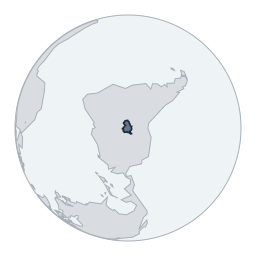 Rondônia on an orthographic globe, rotated 221°
{"feature_id": "BRA-595", "entity_name": "Rondônia", "entity_type": "State", "adm_level": 1, "iso_a3": "BRA", "parent_name": "Brazil", "parent_adm1": "", "projection": "orthographic", "projection_center": [-63.452, -10.832], "detail": "fine", "context": "on_globe", "style": "filled", "palette": "slate", "viewbox_px": 256, "rotation_deg": 221, "n_neighbors": 0, "source": "natural_earth", "source_scale": "10m", "svg_char_len": 8201}
<svg xmlns="http://www.w3.org/2000/svg" viewBox="0 0 256 256"><g transform="rotate(221 128 128)"><circle cx="128" cy="128" r="113" fill="#eef3f6" stroke="#a8b0b8"/><path d="M94.8,20.4L97.1,20.2L99.2,19.5L101.6,19.3L104.9,18.6L104.5,19.1L107.4,18.2L107.1,17.9L108.3,17.5L110.1,17.2L110.0,17.6L109.1,17.8L110.0,17.8L109.2,18.2L110.7,17.8L110.3,18.5L113.4,17.4L115.5,17.6L114.5,18.2L111.0,18.7L100.0,22.5L97.9,23.9L98.5,25.0L107.2,25.8L106.4,27.3L108.0,29.1L110.1,27.7L109.6,26.0L113.9,24.3L112.8,22.8L114.4,22.0L114.8,20.5L118.6,20.3L122.2,21.0L122.1,22.4L123.7,22.8L126.9,21.4L129.8,24.2L137.0,26.8L137.3,27.8L132.3,29.4L124.3,29.4L117.7,33.0L125.9,30.4L126.6,33.5L128.4,34.0L130.6,33.8L131.9,32.7L133.0,33.8L125.3,36.4L124.2,35.4L126.7,34.5L122.9,34.7L117.7,37.1L118.5,38.8L109.8,41.7L110.2,43.0L108.6,44.6L108.5,42.2L108.5,46.8L98.5,53.1L98.3,62.6L94.2,55.6L90.1,55.2L85.1,56.0L84.9,57.5L78.5,57.3L72.2,61.5L69.2,69.6L70.8,75.4L78.0,74.5L80.5,70.7L86.1,69.3L81.4,79.3L90.9,79.7L89.5,87.2L92.2,90.9L97.2,89.5L102.2,91.0L106.0,86.4L112.1,83.7L112.1,89.9L115.6,84.1L118.8,87.0L131.0,86.6L130.1,88.0L140.3,95.6L151.6,99.3L154.2,104.1L152.9,106.9L156.8,108.0L156.9,109.9L172.8,114.2L181.0,120.0L180.8,126.9L174.0,134.3L168.0,151.2L155.8,156.1L152.9,163.1L143.6,173.3L136.2,172.2L138.5,177.6L134.5,180.7L129.7,180.9L129.0,184.7L125.5,184.7L128.0,187.2L122.7,192.2L124.7,196.3L120.9,200.3L122.4,202.7L120.8,202.7L119.3,203.6L119.3,204.9L114.3,202.8L112.3,197.4L113.8,194.6L111.7,194.2L114.6,187.1L112.5,188.6L112.2,178.2L114.8,169.6L115.6,145.6L113.0,141.0L104.3,136.0L93.8,119.8L96.4,112.8L94.2,109.9L101.4,100.1L99.7,91.7L97.1,90.7L94.5,94.1L86.1,89.6L83.3,83.7L59.2,77.9L57.1,75.5L57.7,70.8L53.3,58.5L53.5,70.9L51.1,69.0L49.9,64.9L51.4,63.3L51.8,57.2L50.1,55.7L52.9,48.6L62.2,38.8L62.2,39.6L64.4,37.4L64.5,36.4L64.1,36.4L71.9,30.3L72.0,30.3L79.4,26.4L87.0,23.1L94.8,20.4ZM97.4,66.0L108.3,70.1L101.8,71.1L103.1,70.1L100.4,68.3L95.3,66.9L89.7,68.5L97.4,66.0ZM103.0,60.2L101.1,59.9L103.0,59.8L103.0,60.2ZM63.5,36.6L64.3,36.6L63.3,38.1L62.4,38.2L63.5,36.6ZM65.6,34.4L66.7,33.8L64.1,35.7L64.3,35.4L65.6,34.4ZM112.6,20.8L113.7,20.7L113.1,21.0L112.6,20.8ZM111.8,20.4L110.3,20.9L109.7,20.7L110.6,20.4L111.8,20.4ZM113.7,19.8L108.8,20.5L107.8,20.3L110.3,19.1L113.7,19.8ZM106.2,18.0L106.6,18.3L104.5,18.4L106.2,18.0ZM102.9,18.2L104.1,18.0L103.0,18.3L105.4,17.7L104.6,18.3L96.5,20.0L96.8,19.8L99.5,19.1L98.6,19.3L102.9,18.2ZM108.6,17.4L106.9,17.7L107.1,17.4L110.4,16.9L109.3,17.1L108.6,17.4ZM110.2,17.0L112.1,16.6L113.8,16.5L110.2,17.2L110.2,17.0ZM105.7,17.7L105.9,17.6L106.9,17.4L105.7,17.7ZM120.6,16.2L118.6,16.3L118.6,16.1L120.6,16.2ZM112.7,16.5L112.1,16.6L111.9,16.6L113.5,16.3L112.7,16.5ZM109.0,17.0L108.9,17.0L109.0,17.0ZM114.3,16.2L115.8,16.1L119.6,15.8L113.7,16.4L114.3,16.2L114.3,16.2ZM112.3,16.5L113.1,16.3L112.4,16.5L110.6,16.7L111.2,16.6L112.3,16.5ZM122.8,207.4L114.8,203.6L119.2,205.3L121.8,203.1L126.2,206.1L122.8,207.4ZM130.7,201.9L134.0,200.9L135.0,201.5L132.9,202.5L130.7,201.9ZM207.4,48.1L204.5,45.3L206.5,47.4L211.4,52.3L212.6,53.7L215.3,56.9L212.6,53.7L204.7,46.0L203.5,46.3L207.2,53.8L205.4,54.0L201.4,51.8L194.7,43.4L199.6,44.0L197.2,41.6L191.7,37.7L193.6,38.4L191.9,37.0L193.3,37.3L190.8,34.8L191.5,35.1L186.2,31.5L188.0,32.7L189.1,33.4L191.8,35.1L199.9,41.3L207.4,48.1ZM182.9,29.7L177.2,26.7L182.9,29.7ZM226.6,182.4L224.2,186.3L221.4,189.5L220.3,187.6L222.9,183.5L226.3,174.7L232.3,154.5L235.4,146.4L236.4,139.7L235.3,123.7L235.7,116.0L234.7,112.3L233.1,112.3L231.6,108.0L230.4,107.4L220.5,107.6L215.8,101.8L206.1,85.6L206.7,80.0L203.8,73.2L205.1,54.1L208.8,56.0L213.6,56.0L214.8,57.1L217.9,61.6L224.5,69.9L223.8,68.7L227.7,75.6L231.1,82.7L234.1,90.1L236.5,97.7L238.4,105.4L239.7,113.3L240.4,121.2L240.6,129.1L240.3,137.0L239.4,144.9L237.9,152.7L235.9,160.4L233.3,168.0L230.2,175.3L226.6,182.4ZM208.6,63.9L209.5,65.8L208.6,63.9ZM131.4,86.6L132.9,87.8L130.9,87.8L131.4,86.6ZM100.8,73.6L103.1,73.5L104.3,74.4L102.5,74.8L100.8,73.6ZM121.2,72.8L124.0,73.3L121.0,73.8L121.2,72.8ZM110.1,70.7L118.9,72.7L113.2,74.6L107.6,73.5L111.5,72.8L110.1,70.7ZM101.6,63.4L103.0,63.7L102.5,64.7L101.6,63.4ZM104.4,60.1L103.8,60.2L103.2,59.4L104.4,60.1ZM127.1,33.3L127.7,33.1L130.0,33.2L128.8,33.7L127.1,33.3ZM140.5,31.3L141.9,33.3L140.1,32.1L138.8,32.9L133.3,31.8L137.2,28.2L136.4,29.9L140.5,31.3ZM127.1,29.7L130.1,30.5L126.6,29.8L127.1,29.7ZM181.3,30.4L183.3,31.3L184.9,32.6L184.0,33.2L181.6,31.3L181.3,30.4ZM185.6,32.4L178.7,28.3L179.0,28.1L180.0,28.9L180.9,29.1L182.8,30.4L189.9,34.6L191.8,36.1L189.0,35.8L188.8,34.9L186.9,34.0L185.6,32.4ZM160.4,21.4L157.4,20.5L161.9,21.0L164.2,21.9L163.4,22.3L160.2,21.6L160.4,21.4ZM119.2,17.9L117.7,18.1L117.8,17.9L119.0,17.6L119.2,17.9ZM119.7,16.3L125.5,17.1L124.2,17.3L129.2,18.0L127.6,18.8L124.4,18.2L126.9,19.6L123.4,19.5L125.5,20.4L118.5,19.1L115.4,19.3L119.5,18.7L121.0,17.9L120.8,17.6L117.8,17.0L111.9,17.4L112.5,16.9L114.5,16.5L116.0,16.3L115.2,16.6L117.8,16.2L117.7,16.5L119.7,16.3ZM147.4,17.0L147.6,17.1L149.2,17.4L148.7,17.4L150.7,17.8L149.4,17.6L152.8,18.4L150.0,17.8L151.0,18.2L153.2,18.5L146.8,19.3L146.2,20.6L147.3,22.2L142.4,21.4L138.2,19.7L135.2,17.9L136.4,17.0L134.0,17.0L133.8,16.6L135.8,16.8L132.7,16.4L133.1,16.2L130.4,15.6L125.6,15.5L124.5,15.5L126.6,15.4L124.0,15.4L126.6,15.4L137.0,15.7L147.4,17.0ZM123.3,15.5L120.1,15.7L116.4,16.0L117.7,15.8L118.1,15.8L119.1,15.7L118.7,15.7L123.3,15.5ZM214.0,55.7L214.5,56.1L214.8,56.4L216.6,58.6L214.0,55.7ZM208.7,50.4L208.9,50.4L211.6,53.3L211.0,53.0L208.7,50.4ZM206.7,48.0L208.7,50.1L207.3,48.8L206.7,48.0Z" fill="#d9dde1" stroke="#a8b0b8" stroke-width="1"/><path d="M124.2,127.1L124.3,127.1L124.4,126.9L124.5,126.8L124.4,126.7L124.4,126.4L124.4,126.2L124.3,125.8L124.2,125.8L124.2,125.7L124.1,125.8L124.0,126.0L123.9,126.0L123.7,126.0L123.6,125.9L123.4,125.9L123.4,126.0L123.4,125.9L123.3,126.0L123.2,125.9L123.0,126.0L122.9,126.0L122.7,126.0L122.4,126.1L122.2,126.2L121.8,126.2L121.5,126.1L121.6,125.9L121.8,125.8L121.9,125.7L122.0,125.7L122.3,125.4L122.3,125.2L122.5,125.2L122.8,125.3L123.1,125.2L123.2,125.3L123.3,125.4L123.5,125.5L123.7,125.4L123.9,125.2L124.0,125.2L124.1,125.3L124.2,125.2L124.3,125.1L124.6,124.9L124.6,125.0L124.8,125.3L124.9,125.2L125.0,125.1L125.1,124.9L125.1,124.7L125.3,124.5L125.4,124.4L125.5,124.4L125.8,124.5L125.8,124.4L126.0,124.3L126.4,124.3L126.5,124.3L126.7,124.1L126.7,123.8L126.8,123.8L127.0,123.7L127.1,123.4L126.9,123.3L127.0,123.3L127.0,123.2L127.3,123.0L127.4,122.9L127.5,122.8L127.7,122.7L127.8,122.7L127.7,122.6L127.8,122.4L129.1,122.5L129.4,122.5L129.5,122.7L129.5,122.8L129.7,123.0L129.8,123.2L130.0,123.1L130.1,123.3L130.2,123.6L130.3,123.6L130.5,123.6L130.5,123.8L130.6,124.0L130.8,124.0L131.0,124.2L131.1,123.9L131.3,123.9L131.6,123.8L131.6,124.0L131.8,124.1L131.7,124.4L131.7,124.6L131.7,124.8L131.6,125.0L131.7,125.3L131.7,125.5L131.8,125.6L131.7,125.8L131.7,126.0L131.7,126.3L131.6,126.5L131.7,126.8L131.7,127.1L131.8,127.2L131.8,127.7L131.8,127.8L131.7,127.9L131.8,128.1L131.7,128.3L131.8,128.3L133.8,128.4L133.8,128.5L134.0,128.6L134.3,128.6L134.5,128.6L134.7,128.8L134.8,129.1L134.7,129.2L134.7,129.3L134.5,129.5L134.4,129.5L134.4,129.8L134.5,129.9L134.5,130.0L134.7,130.4L134.8,130.4L134.8,130.5L134.8,130.8L134.9,131.0L135.0,131.1L134.8,131.6L134.6,131.7L134.5,132.1L134.4,132.2L134.2,132.2L134.1,132.4L134.1,132.5L133.9,132.8L133.9,133.1L133.7,133.2L133.3,133.5L133.2,133.6L132.9,133.4L132.6,133.3L132.6,133.2L132.4,133.2L132.4,133.3L132.2,133.3L132.0,133.2L131.8,133.3L131.7,133.4L131.4,133.3L131.2,133.3L131.0,133.2L130.9,133.1L130.7,132.9L130.6,132.6L130.4,132.5L130.2,132.5L129.9,132.4L129.7,132.4L129.5,132.2L129.4,132.2L129.3,132.3L129.2,132.2L128.9,132.0L128.9,131.9L128.8,131.7L128.7,131.6L128.4,131.7L128.2,131.6L128.0,131.4L127.9,131.4L127.7,131.3L127.6,131.2L127.3,131.2L127.2,131.2L127.1,131.4L126.9,131.4L126.7,131.3L126.5,131.2L126.4,131.3L126.4,131.2L126.2,131.2L126.0,130.9L125.9,130.7L125.7,130.7L125.4,130.4L125.2,130.3L125.0,130.2L124.9,129.9L124.8,129.7L124.7,129.8L124.6,129.7L124.6,129.4L124.4,129.3L124.3,129.1L124.3,128.9L124.2,128.7L124.3,128.6L124.4,128.4L124.4,128.2L124.2,128.0L124.2,127.9L124.3,127.9L124.3,127.7L124.2,127.6L124.2,127.4L124.3,127.2L124.2,127.1Z" fill="#64748b" stroke="#1e293b" stroke-width="1.5"/></g></svg>